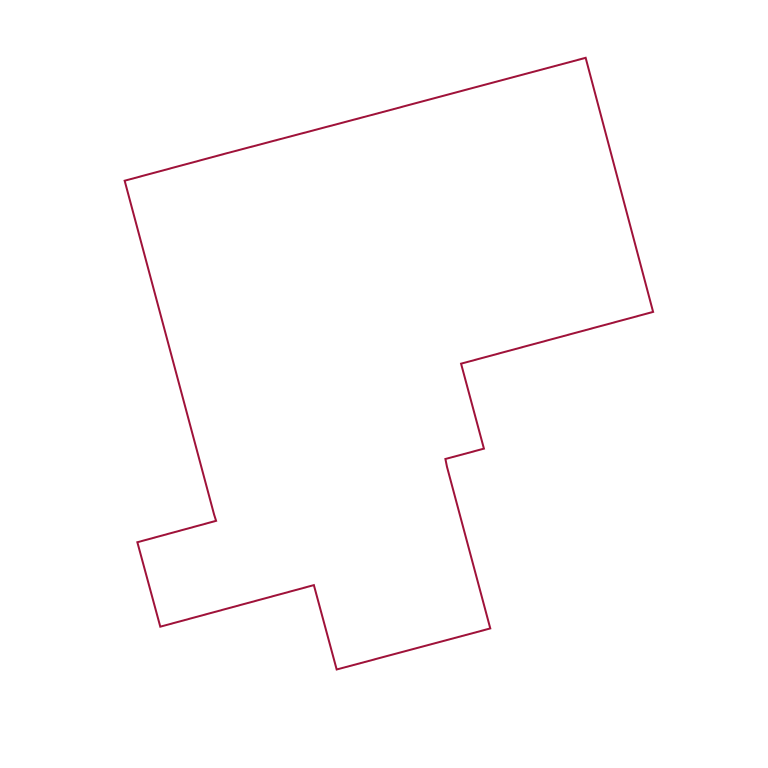 Atoka, Oklahoma, United States of America (Equal Earth projection), rotated 165°
{"feature_id": "52423323B50121009977051", "entity_name": "Atoka", "entity_type": "district", "adm_level": 2, "iso_a3": "USA", "parent_name": "United States of America", "parent_adm1": "Oklahoma", "projection": "equal_earth", "projection_center": [-96.026, 34.419], "detail": "fine", "context": "isolated", "style": "outline", "palette": "rose", "viewbox_px": 768, "rotation_deg": 165, "n_neighbors": 0, "source": "geoboundaries", "source_scale": "gbopen_adm2", "svg_char_len": 394}
<svg xmlns="http://www.w3.org/2000/svg" viewBox="0 0 768 768"><g transform="rotate(165 384 384)"><path d="M104.8,646.9L225.5,647.0L336.5,647.1L420.8,647.4L475.9,647.6L581.9,647.5L581.9,301.8L581.6,295.3L663.2,295.0L662.9,207.5L503.8,207.9L503.6,120.5L344.6,120.4L344.6,287.8L344.1,295.7L304.2,295.7L304.3,383.7L105.4,384.0L104.8,646.9Z" fill="none" stroke="#9f1239" stroke-width="2"/></g></svg>